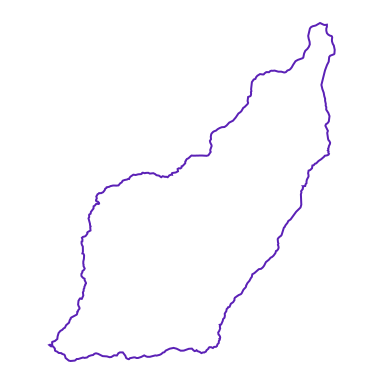 San Pablo, Cajamarca, Peru
{"feature_id": "86281439B29133878873300", "entity_name": "San Pablo", "entity_type": "district", "adm_level": 2, "iso_a3": "PER", "parent_name": "Peru", "parent_adm1": "Cajamarca", "projection": "mercator", "projection_center": [-78.748, -7.04], "detail": "fine", "context": "isolated", "style": "outline", "palette": "violet", "viewbox_px": 384, "rotation_deg": 0, "n_neighbors": 0, "source": "geoboundaries", "source_scale": "gbopen_adm2", "svg_char_len": 5912}
<svg xmlns="http://www.w3.org/2000/svg" viewBox="0 0 384 384"><path d="M332.2,37.4L331.9,36.4L331.4,36.0L329.9,35.6L328.2,34.6L326.9,33.1L326.3,30.7L326.3,28.5L326.9,26.8L326.9,24.7L324.9,25.0L323.8,24.8L320.0,23.0L315.7,25.5L312.5,26.3L310.8,27.3L309.9,28.6L308.2,35.9L308.7,38.8L309.6,41.8L309.8,44.4L308.8,46.9L307.4,48.9L305.3,50.8L304.1,53.5L303.3,57.5L302.6,58.2L297.8,59.9L295.5,61.2L293.2,64.7L291.7,67.4L290.3,69.1L289.4,69.8L287.4,70.5L286.0,72.0L285.3,72.3L284.2,72.5L281.4,71.7L278.4,71.7L274.7,70.6L272.6,70.8L271.4,70.7L270.4,71.0L269.0,72.2L266.3,72.1L264.6,73.3L263.8,74.3L263.2,74.5L260.0,74.1L257.4,75.7L256.1,77.2L255.4,78.9L253.7,79.5L251.9,82.1L251.1,89.3L251.4,91.2L250.9,92.0L251.1,93.8L250.9,95.2L250.4,96.1L248.1,97.0L247.6,101.0L248.1,102.9L247.6,104.0L244.5,107.1L243.3,107.8L241.4,111.1L240.3,112.2L238.4,113.5L235.8,117.4L233.0,120.7L229.2,122.6L226.6,125.5L224.5,127.0L221.8,127.2L219.7,128.0L217.6,129.2L216.0,130.6L214.1,131.3L213.1,131.9L211.7,133.4L211.2,134.3L210.8,136.7L211.0,139.2L209.9,140.9L210.3,142.7L211.5,145.1L211.6,146.1L210.3,149.8L210.3,151.0L210.7,151.9L208.4,155.3L206.6,155.8L201.6,155.5L193.1,155.7L191.7,155.5L191.1,155.8L188.4,158.3L186.9,159.0L186.1,160.0L186.0,160.7L185.3,161.4L185.2,163.3L182.7,165.9L181.6,166.3L181.5,167.6L180.5,168.4L178.7,168.3L177.6,169.0L178.0,171.3L175.7,172.5L172.2,173.0L171.8,173.8L172.0,174.7L171.5,174.6L169.4,175.3L167.7,177.2L166.0,176.7L165.1,176.9L162.7,176.2L161.2,177.2L158.9,175.6L156.5,175.2L155.0,174.0L153.3,173.2L149.8,173.6L148.3,172.8L145.9,172.9L144.8,173.2L142.8,172.7L142.2,172.9L141.9,173.6L141.1,174.1L138.2,174.3L135.7,175.0L133.3,174.7L130.4,176.7L129.5,177.9L129.1,179.0L128.2,178.9L127.1,179.5L124.6,180.0L122.7,180.7L121.6,182.5L120.3,183.2L118.5,185.4L116.6,185.6L113.2,185.5L110.5,186.1L109.2,186.8L106.6,187.3L106.4,188.0L105.2,188.7L104.7,190.2L103.1,192.2L101.2,193.1L99.1,193.1L98.9,193.5L97.5,194.3L96.9,195.6L96.3,196.4L96.8,198.3L96.1,199.8L96.0,200.5L96.4,201.2L97.9,201.7L99.0,202.9L99.1,203.6L98.6,204.0L97.1,203.8L96.1,204.0L94.9,205.5L93.6,206.3L93.5,208.5L90.9,211.9L90.6,213.7L89.3,214.5L89.1,214.9L89.2,217.1L88.5,218.3L90.0,223.9L90.0,225.0L90.6,226.5L90.2,226.9L90.5,230.5L87.6,232.1L87.2,232.8L87.4,233.6L85.8,235.8L84.9,236.4L82.9,236.9L81.9,237.8L82.4,239.1L82.4,240.8L82.3,241.4L81.6,241.6L81.5,243.2L81.9,244.8L82.8,246.5L82.9,249.5L82.9,251.9L82.4,253.4L82.9,253.5L83.7,254.2L84.1,255.5L83.9,258.9L83.3,261.5L83.3,263.9L83.6,264.6L83.5,266.0L84.7,268.5L84.1,269.7L82.4,271.2L82.3,272.5L81.4,273.9L81.4,275.7L81.6,276.3L83.1,277.9L84.6,278.7L84.6,280.0L86.0,283.0L86.0,283.5L85.2,284.4L85.3,284.9L84.4,286.7L84.3,288.1L83.7,289.1L83.6,291.0L82.9,292.4L83.3,295.5L81.8,298.9L81.3,298.9L80.5,298.4L79.9,298.5L78.5,300.8L78.1,304.6L78.8,306.5L79.4,307.4L79.5,308.7L78.3,310.1L77.7,311.8L77.3,311.8L77.1,313.9L76.6,314.7L71.3,317.5L70.6,318.3L70.7,318.8L69.8,320.0L69.0,322.7L66.1,325.2L64.9,327.7L63.6,328.4L62.3,329.8L60.4,330.9L58.6,333.0L57.6,336.4L57.3,339.0L54.9,341.0L52.3,341.9L52.1,342.2L52.2,344.7L51.9,345.2L51.3,345.3L50.0,344.7L49.3,345.0L50.9,346.3L53.1,346.4L54.8,348.5L55.0,350.5L55.3,350.9L57.4,351.8L58.6,352.9L61.5,353.2L62.1,353.9L64.2,354.6L64.8,355.3L65.6,358.0L68.8,360.6L70.6,361.0L74.6,360.6L75.3,360.3L76.7,359.0L78.3,359.0L83.0,357.5L84.5,357.9L87.0,357.5L88.8,356.1L91.3,355.3L93.1,355.0L94.4,353.8L96.0,353.3L98.0,353.8L102.6,356.1L106.9,356.4L109.6,357.2L111.3,357.0L114.1,355.3L116.9,355.5L118.4,353.2L119.9,352.4L122.8,352.4L125.3,355.7L126.2,358.0L127.5,358.8L128.8,359.2L129.1,359.1L129.9,358.2L133.8,357.4L135.0,357.4L136.5,358.0L138.0,358.0L141.3,356.9L144.2,355.4L146.1,356.4L147.4,356.8L149.9,356.8L155.3,355.4L156.6,355.6L159.5,354.9L161.2,354.1L162.9,352.6L164.4,352.2L165.7,350.6L169.7,348.7L173.6,347.9L176.6,348.7L180.7,350.7L183.8,350.6L188.8,348.8L191.9,348.6L193.5,350.3L194.6,351.1L195.5,350.9L196.6,350.2L197.4,351.1L199.7,351.9L201.4,353.1L203.2,352.4L204.2,352.5L206.0,351.5L206.4,350.4L208.4,348.7L208.7,347.8L209.4,347.2L211.1,347.2L212.9,348.0L214.1,346.9L216.0,346.8L217.0,346.0L217.4,344.4L218.7,343.1L218.9,340.9L219.8,339.7L219.4,338.8L220.0,338.4L220.2,337.6L220.0,336.5L219.2,335.1L218.5,334.5L218.2,332.5L219.3,330.8L220.2,328.3L219.8,326.8L220.1,325.9L219.7,324.8L221.2,324.4L222.7,321.0L223.1,319.1L224.5,317.7L224.9,315.6L224.7,313.8L225.6,312.1L226.2,311.5L226.7,309.0L227.7,308.2L227.9,307.4L229.6,306.8L230.8,303.8L233.2,302.1L234.5,300.0L234.4,298.9L234.9,297.7L238.6,295.1L240.8,294.2L241.6,293.4L243.5,289.6L245.7,287.3L246.1,286.4L246.1,285.4L246.7,284.7L247.2,283.4L249.5,280.7L250.8,278.2L251.8,276.9L252.3,274.3L254.4,273.1L258.8,269.2L261.1,268.8L262.8,267.4L264.1,265.7L265.9,262.1L268.9,259.7L270.6,257.7L272.0,257.0L273.5,255.7L275.4,253.1L276.0,251.0L277.0,250.6L278.1,249.2L278.6,247.8L278.4,246.1L277.9,244.8L278.4,243.5L278.0,242.4L277.7,239.1L278.2,238.2L279.7,236.7L280.7,236.1L281.6,235.0L283.9,227.6L284.7,227.0L285.4,225.4L287.4,222.9L288.3,221.0L290.6,219.4L296.2,211.7L300.5,207.5L301.3,204.7L300.9,194.3L301.4,192.5L301.1,191.2L302.9,188.8L302.7,188.1L303.3,186.7L302.9,186.2L305.2,186.0L305.6,184.2L306.5,183.2L306.5,181.5L306.9,179.6L308.5,176.6L308.5,175.0L308.1,173.3L308.6,170.6L310.2,170.0L312.0,168.3L312.4,165.5L313.7,165.2L315.0,163.7L316.3,163.3L318.5,161.0L321.2,159.2L324.2,156.6L324.7,155.8L327.2,155.3L328.5,154.7L329.0,153.8L328.3,152.7L328.6,151.5L327.8,150.5L328.4,149.8L328.1,148.5L328.6,147.9L328.9,146.1L330.0,143.8L330.1,142.6L329.4,141.1L328.6,140.3L328.1,139.0L327.2,132.9L327.9,130.9L325.4,125.8L325.9,124.3L327.5,123.2L328.8,121.5L329.5,116.1L328.3,112.9L326.2,109.6L326.3,107.1L325.7,105.7L325.8,103.9L325.1,100.8L325.1,98.7L324.3,96.2L323.7,92.7L322.4,89.2L321.4,84.9L325.0,70.4L327.0,65.0L328.7,61.7L329.2,57.0L330.2,55.7L333.9,54.3L334.4,53.7L334.7,49.8L333.8,45.5L332.8,43.9L332.0,41.4L331.9,39.8L332.2,37.4Z" fill="none" stroke="#5b21b6" stroke-width="2"/></svg>